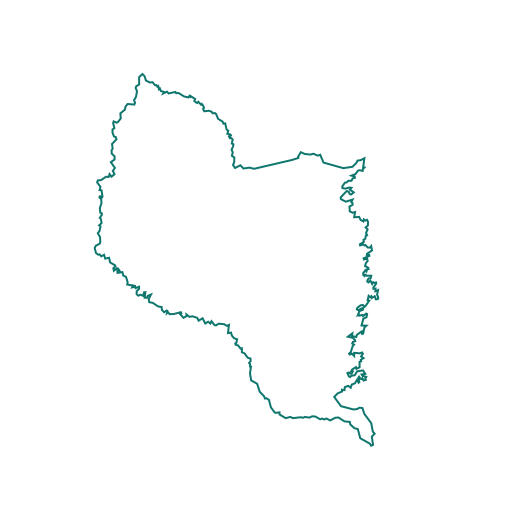 the district of Ponte Alta do Tocantins, Tocantins, Brazil, rotated 25°
{"feature_id": "56859067B20194373931843", "entity_name": "Ponte Alta do Tocantins", "entity_type": "district", "adm_level": 2, "iso_a3": "BRA", "parent_name": "Brazil", "parent_adm1": "Tocantins", "projection": "orthographic", "projection_center": [-47.257, -10.753], "detail": "fine", "context": "isolated", "style": "outline", "palette": "teal", "viewbox_px": 512, "rotation_deg": 25, "n_neighbors": 0, "source": "geoboundaries", "source_scale": "gbopen_adm2", "svg_char_len": 6099}
<svg xmlns="http://www.w3.org/2000/svg" viewBox="0 0 512 512"><g transform="rotate(25 256 256)"><path d="M440.5,379.3L441.9,377.7L437.3,370.8L438.6,366.9L436.1,365.8L431.1,358.8L420.9,353.3L416.7,348.8L413.8,349.8L412.3,352.0L409.2,353.9L396.5,356.2L386.5,350.7L388.0,346.1L391.3,342.4L390.4,340.9L392.9,340.1L391.9,337.3L394.5,334.7L397.5,335.4L397.1,332.1L399.5,329.5L399.9,325.5L402.5,327.5L402.9,326.6L400.2,322.9L400.4,321.8L402.6,323.1L403.9,322.9L404.0,321.7L406.1,323.4L407.9,321.9L406.7,320.6L407.0,319.0L402.9,319.4L401.8,318.7L404.8,316.6L401.3,314.5L396.4,317.8L395.9,322.3L393.0,324.3L392.5,325.9L391.2,325.9L388.3,323.5L389.4,322.3L391.3,322.7L392.4,322.0L392.5,319.7L391.0,320.2L391.1,318.3L393.5,314.5L394.7,315.8L396.9,313.1L394.6,308.1L395.8,307.0L394.9,305.8L396.6,303.1L393.7,302.7L394.2,299.4L392.9,298.6L391.3,300.3L385.9,302.3L387.2,305.1L384.2,304.0L382.6,305.7L381.6,305.1L382.5,303.1L381.7,296.9L382.3,294.9L380.2,294.7L380.1,292.9L381.9,291.3L380.9,290.1L378.2,289.3L373.4,290.3L376.0,285.4L376.8,287.9L381.1,287.1L380.7,284.8L383.7,279.7L384.9,281.7L385.9,281.1L384.5,274.9L385.5,272.5L381.0,274.4L379.8,267.5L382.0,264.8L381.2,261.6L380.2,261.6L378.4,265.2L377.5,264.4L374.7,266.5L373.9,265.5L373.3,266.4L373.0,262.3L375.6,259.5L375.3,258.4L374.2,258.4L371.7,261.9L369.9,261.7L369.7,260.3L371.6,256.5L373.7,255.2L375.7,256.5L376.5,254.5L377.5,248.6L375.9,249.0L374.9,244.5L376.7,245.1L377.5,243.7L378.6,245.2L380.6,242.3L382.9,244.6L384.6,243.6L384.6,242.3L382.1,239.9L381.0,235.3L379.1,237.5L378.1,235.0L376.3,236.2L375.7,235.1L376.6,230.1L375.9,229.2L374.5,230.4L373.2,230.2L373.1,232.3L369.9,229.9L369.1,232.4L367.8,232.3L367.2,230.9L367.6,228.8L369.3,227.3L368.8,225.2L364.8,227.0L363.0,226.8L362.9,228.3L361.2,227.8L360.4,226.3L361.2,222.6L362.6,223.4L362.4,220.8L363.5,220.2L362.7,219.2L359.1,219.0L358.6,216.1L359.3,213.2L357.7,211.4L355.4,213.5L354.5,212.6L358.7,208.0L358.1,207.2L356.0,208.2L355.7,207.0L358.8,201.9L356.2,198.3L355.8,200.2L353.7,201.1L350.6,199.8L349.9,200.6L348.4,200.2L345.9,202.4L345.2,201.5L347.8,197.6L346.6,196.0L347.8,194.1L346.9,191.1L347.9,190.3L346.0,188.6L345.9,184.7L343.3,183.8L344.5,181.0L343.1,177.7L341.3,176.3L340.1,177.7L338.3,177.3L338.7,179.3L335.6,179.1L332.9,177.0L328.6,179.4L327.2,174.3L325.4,175.9L322.1,175.9L319.8,171.7L321.9,168.8L321.2,167.3L319.6,166.9L319.7,164.0L314.5,168.8L309.0,168.6L308.0,167.1L310.7,158.9L313.0,158.6L314.7,160.2L316.2,160.1L317.7,157.0L313.1,156.2L313.7,153.9L311.8,154.4L308.5,157.2L305.6,157.9L304.8,156.3L305.6,151.9L307.0,151.1L307.9,148.8L310.7,147.5L310.8,144.9L312.6,143.3L311.8,142.3L308.6,142.8L311.6,139.6L312.3,135.7L313.5,134.5L316.7,133.8L316.1,132.2L316.9,129.9L315.6,130.2L312.9,121.6L310.3,125.0L307.7,126.6L307.6,129.4L305.7,134.4L298.0,139.5L277.7,142.8L271.4,137.1L269.6,138.9L264.7,139.1L262.6,141.0L257.2,142.9L252.7,143.0L252.2,148.2L253.0,149.2L248.1,153.7L217.5,177.7L212.7,178.7L207.6,182.0L203.5,180.4L199.8,185.1L196.7,183.2L196.6,180.3L194.7,175.8L191.8,175.4L191.1,171.8L189.0,170.1L188.8,165.4L188.2,164.2L186.5,164.3L185.7,160.3L183.3,159.5L182.5,160.2L180.9,159.0L182.3,157.3L181.5,156.7L178.4,157.3L177.9,154.2L175.9,153.8L172.0,148.8L170.6,149.8L168.9,148.3L163.7,147.7L160.0,144.3L158.5,143.8L156.4,145.0L154.8,144.0L151.9,144.3L147.9,146.7L145.9,145.1L146.2,143.5L143.9,141.7L142.6,141.1L142.3,142.1L138.5,140.6L138.1,142.2L136.4,142.1L134.6,141.6L134.5,139.4L129.2,138.7L130.1,140.1L128.1,139.0L127.6,140.9L123.4,141.8L117.0,141.0L114.8,142.2L113.6,141.4L108.1,145.6L105.9,144.7L103.3,147.8L103.4,146.2L100.1,146.7L98.1,144.8L97.6,145.9L95.6,143.3L95.0,144.2L93.6,143.2L92.3,143.9L88.8,142.2L86.5,143.6L82.1,143.5L79.0,140.1L76.1,139.1L74.5,143.3L77.6,149.9L75.7,152.9L75.9,154.6L78.5,156.9L80.0,162.6L79.6,166.2L81.7,168.5L81.7,170.2L75.4,172.5L74.6,175.6L75.3,178.8L72.8,184.1L75.3,188.5L74.2,193.2L73.2,194.1L70.1,194.2L70.4,196.0L73.6,200.0L72.5,202.0L73.8,204.8L76.8,207.7L78.7,207.5L80.2,209.2L78.2,215.3L80.7,219.3L80.5,221.4L82.0,224.2L85.8,225.5L87.0,228.4L84.8,232.3L90.9,235.8L90.3,239.4L93.2,241.7L91.5,245.2L88.7,243.7L89.1,246.6L86.6,247.5L83.6,252.6L80.7,254.4L80.9,256.4L85.8,259.1L86.4,262.4L88.2,261.7L91.8,267.1L91.6,268.1L89.4,267.7L89.2,268.9L91.7,270.0L93.7,273.6L94.2,278.6L96.5,282.5L98.1,282.5L98.9,283.7L98.3,287.5L99.9,288.1L102.1,291.4L100.9,294.5L102.4,294.7L102.8,295.9L103.6,299.6L103.0,302.2L106.6,304.7L109.0,309.1L109.2,310.8L106.5,314.4L106.4,316.9L109.7,320.9L112.5,321.5L113.7,320.6L115.9,321.7L117.8,319.1L120.4,322.1L123.6,319.7L126.5,323.5L132.2,324.0L133.0,324.8L131.9,327.4L133.4,329.4L135.0,326.0L136.2,325.6L138.5,327.1L136.5,327.8L137.7,329.8L141.7,327.1L144.0,329.8L146.8,329.8L148.0,330.9L150.8,334.1L151.4,336.3L159.0,334.2L160.4,336.0L163.0,333.3L163.9,335.3L162.7,338.1L163.8,340.9L164.9,341.4L166.1,341.7L167.7,339.9L170.5,339.8L169.9,336.2L171.0,335.5L172.7,340.8L174.8,340.0L174.8,337.8L177.1,335.3L177.0,340.4L178.8,343.0L182.2,342.1L188.6,343.1L192.0,342.1L193.5,344.6L196.5,345.8L198.2,343.1L199.1,343.4L199.5,345.4L200.1,344.2L202.3,345.2L205.9,343.4L211.6,338.7L212.5,339.5L211.8,340.7L216.4,342.7L218.4,339.9L217.6,338.3L221.3,339.3L223.9,337.5L228.9,336.9L231.3,338.9L233.9,335.0L238.5,338.6L240.4,335.8L243.2,336.5L243.2,333.9L247.8,336.2L249.1,335.7L250.8,333.1L255.9,331.3L259.2,331.6L260.6,329.9L263.2,337.7L265.8,336.0L267.6,338.2L270.7,339.8L274.1,339.5L274.9,343.3L274.2,344.0L275.1,345.1L277.6,344.6L281.2,346.5L282.2,345.6L283.9,349.2L286.8,349.1L291.5,351.7L294.4,351.3L295.5,353.5L294.9,355.9L296.3,356.5L297.3,358.7L298.2,358.4L300.1,364.8L304.2,370.8L311.0,371.3L316.8,377.5L322.4,379.6L324.4,381.4L325.5,380.5L328.5,380.9L333.5,386.9L338.7,389.7L340.0,389.9L343.4,387.8L344.4,389.7L351.4,390.4L355.2,387.3L357.9,387.4L364.9,383.1L366.9,382.8L368.3,381.2L372.7,379.9L374.7,377.5L377.8,376.4L383.1,376.9L384.6,375.4L387.0,375.3L388.5,373.5L392.7,373.7L396.2,369.1L399.0,367.5L406.1,368.5L411.1,366.7L412.6,368.8L418.0,370.5L421.4,369.8L427.5,377.1L438.6,378.0L440.5,379.3ZM157.0,335.4L157.0,336.8L157.9,336.1L157.0,335.4Z" fill="none" stroke="#0f766e" stroke-width="2"/></g></svg>